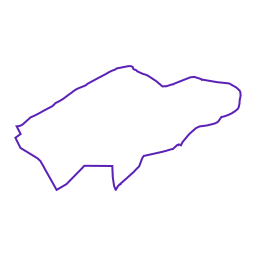 Niamina East, Central River, Gambia
{"feature_id": "56634734B42374489083147", "entity_name": "Niamina East", "entity_type": "district", "adm_level": 2, "iso_a3": "GMB", "parent_name": "Gambia", "parent_adm1": "Central River", "projection": "albers", "projection_center": [-15.05, 13.638], "detail": "fine", "context": "isolated", "style": "outline", "palette": "violet", "viewbox_px": 256, "rotation_deg": 0, "n_neighbors": 0, "source": "geoboundaries", "source_scale": "gbopen_adm2", "svg_char_len": 1943}
<svg xmlns="http://www.w3.org/2000/svg" viewBox="0 0 256 256"><path d="M176.8,145.4L177.0,145.2L177.3,145.0L178.1,145.2L178.5,144.5L180.1,144.7L180.9,145.3L182.7,141.9L187.4,136.2L188.8,134.6L189.7,133.6L196.0,128.1L199.7,126.4L202.8,126.0L207.2,125.4L211.3,124.4L213.9,123.7L214.7,123.5L217.6,122.1L218.6,121.0L221.4,117.0L224.0,116.5L225.9,115.8L228.4,114.9L230.2,114.0L230.6,113.9L232.5,112.9L232.7,112.6L234.5,111.6L237.7,109.0L238.6,107.5L239.5,103.5L239.6,100.8L240.6,95.6L240.4,92.6L239.7,90.7L236.5,87.6L231.4,84.7L229.0,83.4L217.4,82.2L208.6,80.7L202.3,79.6L201.9,79.9L201.2,79.1L194.3,76.9L190.4,77.3L183.5,80.0L173.2,84.1L173.1,84.4L172.0,84.4L170.0,85.1L165.7,86.4L164.9,86.1L163.6,86.4L162.4,86.4L156.9,81.7L156.3,81.2L156.0,81.0L147.8,75.6L145.2,74.5L143.1,74.0L140.7,72.9L137.2,71.3L136.2,70.2L135.1,69.7L134.6,69.7L133.3,68.9L132.7,67.0L131.4,66.3L129.8,66.1L128.5,66.1L116.4,68.5L115.5,69.4L112.0,70.7L108.7,72.3L105.7,74.1L97.1,78.6L87.5,83.8L85.8,85.3L80.4,87.5L78.1,88.4L76.0,89.5L74.3,90.5L71.4,92.8L68.7,94.7L63.9,98.3L63.6,98.6L59.6,101.0L55.1,103.3L54.2,104.6L53.1,105.4L52.3,106.2L42.4,111.4L41.1,112.2L37.2,114.3L34.8,115.5L30.3,117.5L29.0,118.9L28.2,119.5L22.4,124.7L19.8,125.9L16.8,126.4L16.7,126.4L20.6,134.0L15.4,137.8L19.8,146.6L20.4,147.9L27.2,152.0L37.6,158.4L39.6,160.3L40.5,161.1L41.9,163.7L42.1,164.0L43.6,166.6L45.3,169.8L51.3,180.4L56.6,189.9L56.8,189.8L66.5,184.1L70.6,179.9L82.1,168.2L82.5,167.8L82.5,167.7L84.3,165.8L86.4,165.8L98.5,165.9L110.2,166.0L111.5,166.0L112.3,166.0L112.8,177.5L114.1,185.9L115.6,189.6L115.7,189.8L115.8,189.8L115.9,189.5L116.3,189.0L117.2,187.5L117.2,187.4L118.3,185.7L119.2,184.9L119.9,184.5L119.7,184.4L125.8,179.0L126.4,178.5L132.4,173.1L132.5,173.0L133.7,172.0L135.5,170.0L138.4,167.1L139.2,166.3L141.5,160.1L142.4,157.8L143.8,155.9L145.3,155.6L155.7,153.3L162.4,151.8L165.8,150.9L171.5,149.2L172.9,149.0L176.8,145.4Z" fill="none" stroke="#5b21b6" stroke-width="2"/></svg>